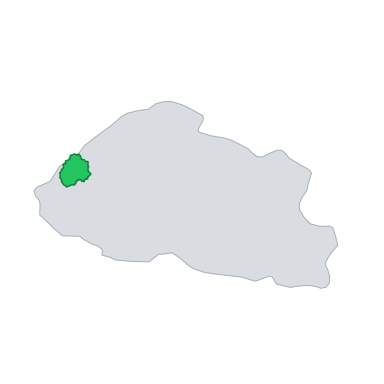 Bji, Ha, Bhutan shown in context, rotated 13°
{"feature_id": "84629894B12913884891089", "entity_name": "Bji", "entity_type": "district", "adm_level": 2, "iso_a3": "BTN", "parent_name": "Bhutan", "parent_adm1": "Ha", "projection": "orthographic", "projection_center": [89.176, 27.451], "detail": "fine", "context": "in_parent", "style": "filled", "palette": "green", "viewbox_px": 384, "rotation_deg": 13, "n_neighbors": 0, "source": "geoboundaries", "source_scale": "gbopen_adm2", "svg_char_len": 5329}
<svg xmlns="http://www.w3.org/2000/svg" viewBox="0 0 384 384"><g transform="rotate(13 192 192)"><path d="M303.6,163.7L303.1,166.0L300.6,172.3L299.1,179.2L300.6,184.7L306.5,191.2L314.5,196.4L324.4,196.6L333.5,194.3L337.2,195.1L342.4,203.8L346.1,211.4L341.5,219.5L339.0,226.5L338.2,231.4L338.8,233.5L341.9,237.4L345.5,244.2L346.1,250.4L344.0,254.6L339.3,256.8L334.2,256.3L330.1,256.5L324.9,257.3L316.7,259.8L309.2,262.9L294.9,262.7L289.1,256.6L286.4,256.6L273.6,264.8L259.5,263.7L233.8,266.7L223.0,267.5L212.0,266.7L206.3,265.1L195.9,259.6L186.4,255.6L176.9,259.4L173.5,260.1L165.9,269.8L149.3,273.1L132.7,275.5L127.8,274.3L118.4,273.7L118.1,271.5L118.3,269.3L116.2,267.6L112.4,265.8L105.9,265.1L97.5,262.7L92.7,260.4L75.7,263.8L65.7,258.7L54.5,251.7L48.8,248.7L46.7,237.9L44.8,234.4L40.3,230.7L37.9,226.4L39.9,222.0L51.1,213.8L52.0,211.9L57.2,196.6L64.4,191.0L71.5,183.2L76.8,170.9L87.1,158.3L98.4,145.3L106.1,134.7L111.2,129.8L121.8,124.5L130.7,121.3L136.8,114.2L144.2,110.3L151.7,108.5L163.0,109.3L173.7,111.8L185.3,115.2L186.7,118.0L185.8,123.0L184.1,128.1L184.1,130.7L185.9,132.2L197.3,133.0L211.3,132.1L219.1,132.7L236.7,137.1L241.8,140.4L247.2,142.8L252.4,142.3L258.9,136.8L265.8,132.0L270.1,131.2L273.2,132.7L278.9,137.0L290.4,140.9L300.8,143.8L304.2,146.7L303.3,159.4L303.6,163.7Z" fill="#d9dde1" stroke="#a8b0b8" stroke-width="1"/><path d="M88.8,198.5L88.9,198.4L88.9,198.1L88.9,197.9L89.0,197.9L89.2,197.6L89.3,197.4L89.3,197.2L89.1,197.1L89.0,196.9L88.9,196.8L88.9,196.7L88.7,196.6L88.4,196.5L88.1,196.3L88.0,196.2L87.7,195.9L87.4,195.8L87.2,195.7L86.9,195.3L86.6,195.1L86.3,195.0L86.2,195.1L85.9,195.0L85.8,194.9L85.8,194.4L85.9,194.2L85.8,193.9L85.8,193.6L85.7,193.3L85.6,193.2L85.4,192.8L85.4,192.6L85.4,192.4L85.4,192.2L85.4,191.9L85.5,191.5L85.4,191.5L85.3,191.4L85.2,191.4L85.1,191.1L85.2,190.9L85.1,190.6L85.1,190.3L85.3,190.1L85.2,190.0L85.2,189.9L85.0,189.7L84.8,189.3L84.7,189.2L84.2,188.7L84.2,188.3L84.2,188.1L84.3,187.8L84.2,187.7L84.1,187.1L84.1,186.9L84.1,186.7L84.1,186.4L83.9,186.2L83.8,185.9L83.6,185.7L83.4,185.7L83.0,185.8L82.7,186.0L82.3,186.3L81.9,186.3L81.6,186.3L80.8,185.6L80.3,185.2L79.9,185.0L79.5,184.8L78.5,185.0L77.5,185.0L77.0,185.0L76.9,184.9L76.9,184.6L76.7,184.3L76.4,184.1L76.1,183.9L75.6,183.7L75.5,183.4L75.6,183.0L75.6,182.9L75.6,182.6L75.5,182.2L75.1,182.0L74.7,181.7L74.4,181.7L74.2,181.6L74.1,181.3L74.0,181.2L73.7,180.9L73.4,180.7L73.1,180.6L72.9,180.8L72.7,180.9L72.3,181.0L72.1,181.2L72.0,181.6L71.9,181.9L71.8,182.0L71.7,182.1L71.4,181.9L70.7,181.7L70.3,181.4L69.7,181.4L69.1,181.4L68.8,181.5L68.4,181.8L68.0,182.2L67.8,182.4L67.1,182.5L66.6,182.9L66.2,183.4L66.1,183.6L65.7,183.7L65.4,183.7L65.4,183.9L65.2,184.2L65.2,184.6L65.3,184.8L65.4,185.0L65.5,185.5L65.5,185.9L65.2,186.2L64.9,186.5L65.0,186.9L65.2,187.1L65.1,187.6L64.9,188.1L64.5,188.5L63.9,188.9L63.5,189.1L63.2,189.4L62.7,189.6L62.3,189.7L62.1,189.9L61.9,190.3L61.8,190.5L61.7,191.1L62.0,191.5L62.6,192.3L62.8,192.7L62.6,193.0L62.0,192.9L61.7,192.8L61.4,192.9L61.1,193.3L60.6,193.8L60.0,194.0L60.2,194.5L60.4,194.8L60.7,195.2L61.0,195.6L61.0,195.8L61.2,196.2L61.3,196.8L61.2,197.2L61.0,197.4L60.7,198.4L60.6,198.7L60.1,198.9L59.9,199.3L59.8,199.6L59.7,199.9L59.8,200.1L59.9,200.4L60.1,200.8L60.0,201.2L59.6,201.7L59.4,202.1L59.1,202.7L58.8,203.0L59.0,203.2L59.2,203.3L59.3,203.6L59.4,203.8L59.5,204.1L59.6,204.6L59.6,204.8L59.7,205.0L59.8,205.2L59.8,205.4L59.8,205.5L59.8,205.9L59.9,206.0L59.9,206.3L59.9,206.5L60.0,206.6L60.0,206.8L60.1,207.0L59.9,207.7L60.0,207.8L60.3,208.0L60.5,208.1L60.8,208.3L61.0,208.5L61.5,208.8L61.8,209.1L61.9,209.3L62.0,209.5L62.1,209.8L62.2,210.1L62.2,210.3L62.3,210.7L62.6,210.9L62.5,211.1L62.5,211.3L62.6,211.5L62.9,211.5L63.0,211.4L63.1,211.6L63.3,211.9L63.4,212.0L63.9,212.7L64.5,213.1L64.9,213.5L65.1,213.6L65.4,213.8L65.5,213.8L65.7,214.0L66.0,214.0L66.3,214.0L66.6,214.1L66.9,214.3L67.1,214.5L67.4,214.6L68.0,214.7L68.4,215.0L68.5,215.3L68.8,215.3L69.1,215.2L69.6,214.7L69.7,214.4L70.0,214.3L70.3,214.1L70.5,214.1L70.8,213.8L71.1,213.8L71.2,213.7L71.3,213.5L71.4,213.4L71.8,213.1L71.9,212.9L72.0,212.8L72.0,212.7L72.3,212.5L72.6,212.4L73.2,212.2L73.4,212.2L73.5,212.1L74.0,212.0L74.2,211.9L74.3,211.8L74.5,211.8L74.7,211.7L75.0,211.6L75.3,211.7L75.7,211.6L75.8,211.6L76.0,211.5L76.0,211.4L76.1,211.0L76.2,210.8L76.2,210.7L76.1,210.4L76.4,210.1L76.6,209.9L76.8,209.6L76.8,209.4L76.9,209.2L76.9,208.8L76.8,208.6L76.8,208.4L76.8,208.2L76.8,207.9L76.7,207.6L76.8,207.5L77.2,207.4L77.3,207.4L77.6,207.2L77.7,206.8L77.7,206.5L77.8,206.3L77.9,206.2L78.1,206.1L78.4,205.7L78.5,205.7L78.8,205.7L79.1,205.8L79.3,205.8L79.5,205.6L79.5,205.3L79.6,205.2L80.1,205.2L80.3,205.3L80.6,205.3L80.8,205.2L81.0,205.3L81.3,205.4L81.5,205.3L81.8,205.3L82.0,205.5L82.0,205.9L82.1,206.1L82.1,206.3L82.3,206.4L82.5,206.4L82.8,206.3L83.2,206.1L83.6,206.1L83.8,206.0L84.0,206.1L84.4,206.1L84.7,206.0L84.6,205.8L84.5,205.6L84.4,205.3L84.3,205.0L84.3,204.7L84.3,204.4L84.4,204.1L84.5,204.0L84.8,204.0L85.0,203.9L85.3,203.8L85.5,203.7L85.6,203.2L85.6,202.8L85.6,202.7L85.8,202.6L86.0,202.7L86.2,202.8L86.4,202.8L86.6,203.0L86.8,203.1L86.9,202.9L87.1,202.7L87.2,202.4L87.3,202.4L87.4,202.2L87.2,201.9L87.3,201.8L87.4,201.6L87.3,201.3L87.2,201.2L87.0,200.7L87.4,200.3L87.5,200.2L87.8,199.9L88.3,199.3L88.3,199.2L88.4,198.9L88.5,198.7L88.8,198.5Z" fill="#22c55e" stroke="#15803d" stroke-width="1.5"/></g></svg>